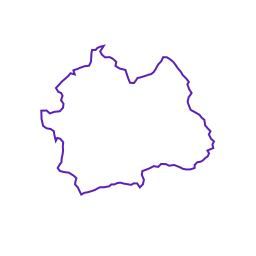 São Lourenço da Serra, São Paulo, Brazil (Robinson projection), rotated 298°
{"feature_id": "56859067B37317511483165", "entity_name": "São Lourenço da Serra", "entity_type": "district", "adm_level": 2, "iso_a3": "BRA", "parent_name": "Brazil", "parent_adm1": "São Paulo", "projection": "robinson", "projection_center": [-46.936, -23.856], "detail": "fine", "context": "isolated", "style": "outline", "palette": "violet", "viewbox_px": 256, "rotation_deg": 298, "n_neighbors": 0, "source": "geoboundaries", "source_scale": "gbopen_adm2", "svg_char_len": 1924}
<svg xmlns="http://www.w3.org/2000/svg" viewBox="0 0 256 256"><g transform="rotate(298 128 128)"><path d="M82.8,70.3L86.0,70.2L86.7,73.2L85.0,77.5L81.1,79.1L77.4,81.4L73.4,82.8L69.8,83.8L66.7,85.3L63.1,84.8L59.7,84.7L58.1,87.9L59.0,92.0L60.8,96.8L60.4,102.4L59.5,106.0L56.0,106.7L53.3,107.8L52.0,111.6L49.3,115.2L47.3,118.0L50.3,119.9L52.2,122.4L54.5,124.8L57.8,127.9L62.4,130.9L64.4,134.6L67.6,138.7L70.4,139.8L71.8,142.5L74.2,144.3L76.1,146.7L77.0,150.6L78.3,154.4L79.3,157.5L81.8,159.0L83.4,162.2L81.1,166.3L85.3,167.6L89.7,166.4L93.1,162.2L96.7,160.9L100.2,164.0L103.0,166.3L106.4,168.6L107.8,172.9L111.8,174.1L113.9,178.4L114.0,182.0L117.0,186.1L117.7,192.1L117.8,196.0L118.9,199.3L120.9,202.7L124.0,205.6L126.7,204.2L130.2,205.2L132.3,207.9L134.7,209.4L137.8,210.4L140.6,211.7L143.7,211.4L145.4,208.7L147.9,210.7L150.3,212.7L153.1,210.3L156.5,210.2L157.5,206.3L160.3,202.4L163.9,202.3L165.2,198.2L166.6,194.9L171.0,191.6L171.8,188.0L173.2,184.9L173.4,179.3L173.4,174.8L175.9,171.8L179.0,168.4L183.5,167.1L188.7,167.8L190.8,164.0L194.5,159.9L197.2,160.1L199.0,156.3L200.5,151.3L202.5,148.2L204.2,143.8L206.1,140.2L207.7,136.7L208.4,133.0L208.7,129.1L207.0,125.8L202.5,126.0L198.1,124.8L192.9,124.8L189.3,124.4L186.6,123.2L184.6,121.1L181.9,118.6L178.8,115.5L176.5,112.9L173.2,112.6L170.4,112.1L168.9,108.5L171.4,105.5L175.1,101.5L178.1,98.5L176.6,92.8L176.9,87.8L180.9,86.6L182.0,82.2L182.0,78.6L179.6,74.6L180.5,70.6L182.5,67.5L189.1,68.0L186.6,65.2L184.3,63.4L181.7,62.7L180.1,59.7L176.9,60.6L174.3,61.8L169.4,64.1L164.8,64.4L162.0,60.5L158.9,57.6L156.2,55.5L153.3,52.7L150.3,55.8L149.3,51.5L146.1,50.9L142.8,49.7L138.2,47.9L135.0,47.1L129.5,45.6L127.2,49.4L127.5,52.5L125.7,55.1L121.1,55.8L119.1,59.7L115.4,61.1L110.7,59.9L107.7,55.4L104.2,52.2L105.2,47.9L102.6,43.3L99.2,45.3L95.4,47.4L92.8,49.7L90.0,52.0L89.5,56.2L90.8,60.3L90.4,63.9L86.8,66.7L82.8,70.3Z" fill="none" stroke="#5b21b6" stroke-width="2"/></g></svg>